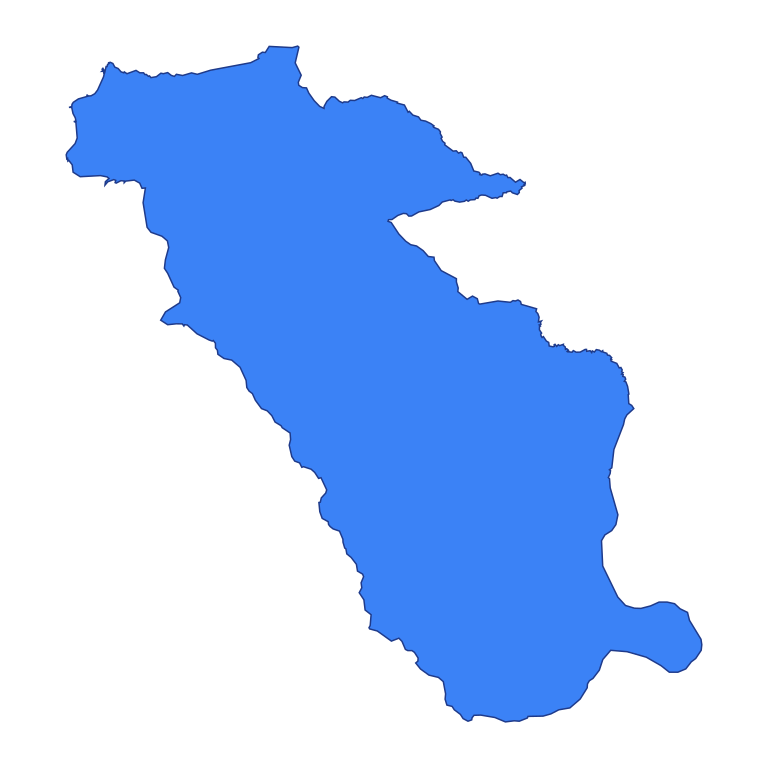 Bole, Northern, Ghana (orthographic projection)
{"feature_id": "2480657B39398526932747", "entity_name": "Bole", "entity_type": "district", "adm_level": 2, "iso_a3": "GHA", "parent_name": "Ghana", "parent_adm1": "Northern", "projection": "orthographic", "projection_center": [-2.328, 8.691], "detail": "fine", "context": "isolated", "style": "filled", "palette": "blue", "viewbox_px": 768, "rotation_deg": 0, "n_neighbors": 0, "source": "geoboundaries", "source_scale": "gbopen_adm2", "svg_char_len": 6026}
<svg xmlns="http://www.w3.org/2000/svg" viewBox="0 0 768 768"><path d="M110.3,62.3L108.7,62.7L109.0,63.5L107.6,64.4L107.1,66.5L106.1,66.5L104.9,71.7L102.9,68.3L102.1,69.2L102.9,70.4L101.9,71.3L103.4,71.2L103.8,73.2L104.5,72.8L103.5,76.9L97.6,90.0L94.8,93.7L91.1,95.8L88.5,96.0L86.6,94.7L87.6,96.3L78.4,98.9L73.3,102.3L72.0,104.3L71.7,107.1L70.8,106.8L69.0,107.4L71.7,107.4L73.0,113.5L75.3,117.9L76.0,121.3L73.8,121.4L75.9,122.4L77.2,138.0L75.1,143.6L67.2,152.3L66.2,154.8L66.8,159.0L67.6,158.4L67.9,161.1L68.8,160.4L72.2,164.8L73.1,172.2L80.2,176.7L100.5,175.6L107.1,176.9L109.0,178.4L105.4,181.7L105.0,185.1L107.8,181.8L113.8,179.6L115.8,180.4L115.1,182.6L116.2,183.1L120.9,180.7L124.2,181.0L124.2,182.7L125.7,181.1L134.3,180.1L139.7,183.1L142.0,188.3L145.4,188.0L143.1,202.7L147.1,227.3L151.0,232.3L161.9,236.2L167.4,240.9L168.7,247.5L165.4,259.8L164.4,268.3L167.7,273.3L174.0,287.1L178.2,290.1L177.9,291.4L180.7,297.6L179.7,302.8L165.5,311.9L160.7,320.2L167.7,324.7L176.3,323.8L182.3,323.9L183.9,326.0L184.5,324.7L187.3,325.0L197.0,333.8L209.1,340.0L212.3,341.1L213.3,340.5L215.4,343.2L215.5,347.8L217.4,350.2L217.9,354.3L224.0,358.5L231.7,360.1L240.1,367.3L246.1,380.4L246.8,387.5L249.1,391.1L252.4,393.6L255.4,400.3L261.5,408.6L267.2,410.8L271.8,415.6L275.1,422.1L281.1,425.7L282.2,427.7L290.1,433.0L290.6,439.6L289.2,445.2L291.8,456.6L294.7,461.1L299.6,462.9L301.8,467.3L303.5,466.7L311.1,469.2L314.7,472.4L318.6,478.4L321.0,477.7L326.7,489.9L325.7,493.1L321.3,497.9L320.3,502.2L318.9,502.5L319.8,511.7L322.2,518.4L328.2,521.7L328.6,524.6L330.2,526.6L333.1,528.9L339.5,531.1L342.9,539.2L343.0,542.2L344.7,548.0L345.9,548.9L346.8,553.9L351.1,557.4L356.4,564.3L357.5,571.1L362.6,574.1L363.6,576.7L361.1,582.8L361.8,587.8L359.2,592.7L363.9,599.8L365.1,610.0L371.1,614.7L370.2,625.5L369.0,627.7L369.6,628.9L377.3,631.0L391.4,641.1L398.9,638.2L402.0,641.4L405.4,649.4L407.8,650.6L412.0,650.6L414.5,652.4L418.1,658.0L417.9,661.1L415.7,663.0L420.5,669.0L428.9,675.1L438.4,677.4L443.3,681.6L445.6,693.9L445.1,699.2L446.9,705.1L452.1,706.4L454.3,709.8L460.4,714.4L463.1,718.6L468.0,721.2L471.7,719.9L472.1,717.7L474.0,715.3L480.8,715.1L494.9,717.5L505.4,721.9L514.2,720.8L519.3,721.2L527.4,718.0L528.0,716.4L543.1,716.1L550.9,713.9L558.8,709.8L569.9,707.9L580.2,699.0L587.2,687.8L587.5,683.9L589.4,680.7L593.0,678.4L599.3,670.2L602.8,659.5L610.7,650.3L627.1,651.7L646.3,657.2L661.1,665.7L669.3,672.2L677.9,672.2L685.8,668.9L691.3,661.8L695.7,658.5L701.2,650.3L701.8,644.7L701.0,639.3L689.5,620.4L687.5,612.4L680.1,608.8L674.6,603.7L667.2,602.1L659.0,602.1L650.6,605.9L641.0,608.4L634.5,608.2L625.5,605.5L617.8,597.1L602.7,566.0L601.5,540.7L604.9,534.9L611.7,530.6L615.9,524.6L617.9,514.8L610.2,487.8L609.5,478.7L608.3,477.6L610.1,473.6L610.5,470.6L609.4,469.8L611.8,467.8L613.9,449.5L623.5,424.6L624.7,419.0L626.9,414.9L633.8,408.6L631.7,405.4L628.8,403.6L628.2,394.6L628.9,394.1L627.6,386.4L625.9,381.9L624.3,381.3L625.7,379.2L624.9,377.1L622.8,376.4L623.2,374.7L621.6,374.1L623.1,372.7L621.6,371.7L622.2,369.9L620.9,367.5L619.2,367.9L616.8,363.4L611.2,361.2L610.7,359.6L611.6,359.5L610.9,358.6L611.7,357.7L609.6,355.4L607.5,355.1L606.8,353.3L602.9,352.0L602.7,350.7L601.3,351.7L599.4,350.2L596.3,349.6L594.4,352.0L592.3,350.9L591.7,352.6L590.1,350.7L586.7,351.3L586.5,349.4L585.2,349.4L580.2,352.1L576.2,352.2L573.3,350.6L572.0,352.2L570.0,352.0L568.6,351.5L568.9,350.4L568.0,351.9L567.1,351.5L568.2,350.0L566.7,348.7L565.5,349.3L565.2,346.9L563.3,345.3L563.4,344.3L559.7,345.6L558.3,344.7L556.7,346.4L555.0,344.3L554.1,344.8L554.3,346.4L553.0,346.8L549.2,346.0L548.7,342.4L546.4,341.1L543.4,336.6L542.1,337.5L541.2,336.1L540.7,334.2L541.6,333.1L539.4,329.8L539.5,326.7L540.4,326.1L539.2,325.0L540.9,324.4L540.5,322.3L541.4,321.0L538.4,321.9L539.1,317.2L537.8,313.6L535.9,311.5L536.6,308.8L521.3,304.4L520.5,301.5L518.0,300.0L515.3,301.0L513.0,300.6L510.4,302.3L497.9,301.0L479.8,304.1L478.6,303.5L477.3,298.7L472.5,296.1L467.1,299.3L457.8,291.6L458.2,288.0L456.4,282.0L456.4,278.7L441.2,270.6L434.4,260.6L434.0,257.2L428.3,256.5L423.2,250.7L416.6,246.0L410.7,244.7L405.7,241.2L398.9,234.1L391.2,222.5L388.0,221.3L388.5,219.7L392.0,219.5L397.9,215.4L403.3,213.4L406.5,213.7L408.8,216.1L411.6,216.0L418.9,211.9L430.3,209.5L439.0,205.4L442.3,202.0L450.2,199.9L451.1,200.5L453.1,199.7L454.8,201.1L459.6,202.1L464.5,201.3L466.3,200.0L468.2,201.2L470.4,199.9L474.9,199.6L476.0,198.1L477.9,198.3L479.1,195.8L481.6,195.0L485.5,195.3L492.0,198.3L495.8,197.6L497.1,198.2L499.8,196.5L502.1,196.5L503.2,192.8L506.5,192.7L506.9,191.8L510.7,191.1L512.4,192.8L517.4,194.5L519.3,192.6L519.1,190.6L522.0,188.2L521.5,186.8L524.6,185.5L524.0,184.8L525.3,184.0L525.1,182.3L524.1,182.8L520.0,179.5L515.5,182.2L510.1,177.5L507.9,177.6L506.6,175.1L505.3,175.5L503.2,174.2L500.3,174.7L498.0,173.2L490.3,175.8L485.0,173.9L482.3,174.2L481.8,175.1L479.7,174.6L480.1,173.5L478.9,172.2L473.8,171.0L470.7,163.4L465.8,157.3L463.7,157.2L462.0,152.8L460.7,152.2L458.5,153.1L456.3,150.8L453.1,151.1L444.7,144.8L445.0,143.2L442.6,141.3L441.1,138.3L442.1,137.1L440.2,133.5L440.4,131.8L438.5,129.3L433.8,127.4L433.2,126.7L434.0,125.9L430.8,123.6L425.6,121.1L420.9,120.2L418.5,116.9L412.9,115.1L409.3,111.3L408.1,112.2L404.4,105.0L397.2,103.1L397.5,102.1L391.0,100.2L387.2,98.1L387.4,96.8L384.6,95.7L380.6,97.7L371.4,95.3L367.2,97.4L364.2,97.0L362.8,98.5L361.3,97.7L354.7,100.5L350.3,100.3L348.0,102.1L344.0,101.9L342.6,102.8L339.4,101.3L334.9,97.1L331.5,96.7L326.9,101.3L324.1,106.4L324.0,108.4L319.7,106.4L314.2,100.7L308.8,93.1L306.5,87.9L302.4,87.6L298.8,85.3L298.3,82.3L301.2,75.2L295.2,62.9L298.9,47.2L297.7,46.1L292.2,47.6L269.2,46.4L265.3,52.5L262.4,52.2L258.4,54.8L257.9,57.4L258.9,58.5L250.7,62.7L210.6,70.2L197.3,74.3L191.5,72.9L182.6,75.5L176.4,74.3L174.4,76.4L171.3,75.4L167.7,72.6L163.3,73.7L160.9,73.2L156.4,76.7L150.9,77.6L149.5,75.9L148.4,76.3L146.4,74.5L144.8,74.5L143.6,72.8L139.8,72.8L136.0,70.4L127.0,73.7L124.3,71.9L123.8,72.8L121.0,71.8L118.1,68.5L114.8,67.1L112.9,63.5L110.3,62.3Z" fill="#3b82f6" stroke="#1e3a8a" stroke-width="1.5"/></svg>